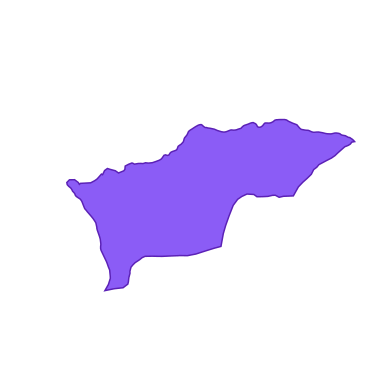 Phangyuel, Wangdi Phodrang, Bhutan, rotated 212°
{"feature_id": "84629894B89694537760165", "entity_name": "Phangyuel", "entity_type": "district", "adm_level": 2, "iso_a3": "BTN", "parent_name": "Bhutan", "parent_adm1": "Wangdi Phodrang", "projection": "mercator", "projection_center": [89.951, 27.528], "detail": "fine", "context": "isolated", "style": "filled", "palette": "violet", "viewbox_px": 384, "rotation_deg": 212, "n_neighbors": 0, "source": "geoboundaries", "source_scale": "gbopen_adm2", "svg_char_len": 3358}
<svg xmlns="http://www.w3.org/2000/svg" viewBox="0 0 384 384"><g transform="rotate(212 192 192)"><path d="M213.7,254.4L215.1,253.6L216.9,253.7L218.9,254.1L219.8,254.1L220.7,253.5L221.5,252.7L222.1,252.0L223.6,249.3L225.5,245.2L226.1,244.0L226.6,242.8L227.0,241.5L226.5,238.0L226.7,236.0L227.0,234.1L226.9,233.2L226.1,230.6L226.0,229.5L226.6,226.6L227.1,225.6L227.9,223.7L227.9,222.8L227.6,221.7L227.4,220.6L227.4,219.6L228.1,218.4L228.7,217.6L229.8,216.3L230.9,214.7L231.2,213.5L231.2,211.2L232.0,210.1L232.9,209.8L234.1,209.5L235.2,208.3L235.4,204.4L235.7,203.3L236.6,201.6L238.9,198.6L241.1,195.9L244.0,193.6L244.9,193.1L247.0,192.1L247.7,191.2L248.7,190.1L250.4,189.2L252.7,187.7L254.8,185.8L255.6,185.1L256.8,185.1L258.3,184.8L260.5,181.9L262.4,178.6L260.9,175.6L261.1,173.8L264.4,169.2L268.3,169.4L273.5,167.8L276.2,167.1L277.5,163.9L277.0,159.3L278.3,159.2L279.1,154.3L279.5,152.4L280.6,149.9L282.8,146.1L291.2,140.2L291.6,138.8L293.5,139.8L298.1,140.2L302.4,137.4L303.2,133.7L301.7,132.1L299.7,131.5L297.6,131.2L296.6,131.0L295.1,130.3L293.7,129.4L292.1,129.0L290.6,128.5L289.2,127.4L287.8,126.9L285.6,126.8L283.4,126.8L282.3,126.5L280.5,125.7L274.7,121.4L273.8,120.9L272.0,120.4L270.1,119.7L265.2,118.2L261.7,117.0L258.8,115.7L257.4,115.0L256.7,114.4L254.0,111.6L253.2,110.5L251.9,109.3L249.9,107.7L246.8,105.2L244.9,103.5L242.2,100.2L241.3,98.9L240.8,97.7L239.6,95.7L238.3,94.4L236.1,93.0L232.5,90.7L227.6,87.6L226.0,86.4L222.9,83.9L221.3,82.8L220.4,82.1L216.8,77.4L215.5,75.5L215.1,73.9L213.9,69.3L213.6,62.2L207.2,68.3L206.4,69.0L200.6,73.6L199.7,74.3L198.3,78.1L197.6,79.8L198.3,82.0L200.2,86.0L201.5,90.2L202.6,91.8L203.9,95.9L203.5,98.9L202.8,101.9L200.6,106.7L199.5,109.9L197.7,112.6L191.7,116.5L186.8,119.4L183.2,121.6L175.4,127.0L169.8,130.8L168.9,131.5L162.1,135.6L159.9,137.7L155.8,141.5L151.6,146.5L149.9,148.5L145.7,153.4L143.2,156.3L138.6,161.2L143.4,173.3L145.7,181.4L148.0,191.8L148.2,192.9L149.8,201.5L150.0,202.5L149.4,210.0L147.4,214.6L144.3,219.4L138.2,222.7L134.5,222.4L132.4,223.7L129.9,225.3L125.3,228.5L121.9,231.9L119.6,233.4L115.3,233.7L112.2,236.8L104.0,242.4L104.5,252.7L103.2,259.0L101.6,264.5L100.5,269.0L100.2,270.3L100.7,275.5L99.3,279.1L98.9,282.4L96.6,286.4L94.6,289.9L91.7,294.7L90.0,298.7L89.1,302.3L86.4,311.4L85.3,312.8L84.1,314.5L83.1,316.6L82.9,319.0L80.8,320.9L82.4,321.4L84.3,321.7L85.7,321.7L87.0,321.8L88.4,321.2L89.9,321.1L91.8,321.0L92.8,320.6L94.5,319.9L95.9,319.6L97.5,319.8L98.6,319.5L100.7,318.6L102.0,317.8L104.8,315.0L105.6,314.5L108.1,313.1L109.5,312.5L113.1,311.3L116.5,309.9L118.3,308.7L120.0,307.4L121.1,306.8L122.8,306.4L125.2,306.1L126.1,305.9L127.9,304.9L129.2,304.3L130.3,303.9L132.0,303.2L133.0,303.0L134.8,303.3L136.3,303.8L138.7,304.6L143.2,303.7L147.8,303.1L148.9,303.2L150.3,303.1L151.9,302.5L155.7,300.1L156.9,299.3L157.8,298.6L158.7,298.0L159.8,296.8L160.5,294.6L161.7,292.6L163.1,291.3L166.1,289.6L166.8,288.9L167.1,287.4L167.2,285.7L167.7,284.4L168.3,283.3L169.6,282.3L171.1,282.1L172.7,283.1L174.2,283.6L176.9,283.3L177.8,282.6L179.0,281.3L180.3,279.4L181.7,277.7L182.7,276.5L183.4,275.4L184.0,273.3L184.2,272.0L186.3,269.6L187.0,268.6L187.9,267.7L189.3,266.6L191.5,265.5L192.2,264.9L194.8,261.4L195.9,260.3L196.9,259.6L199.0,258.7L200.1,258.4L203.1,257.6L205.2,257.3L206.4,257.1L210.3,255.7L212.7,254.6L213.7,254.4Z" fill="#8b5cf6" stroke="#5b21b6" stroke-width="1.5"/></g></svg>